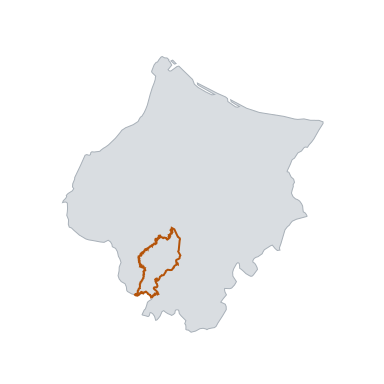 location of Poro, Savanes, Ivory Coast, rotated 213°
{"feature_id": "98640826B2900878653745", "entity_name": "Poro", "entity_type": "district", "adm_level": 2, "iso_a3": "CIV", "parent_name": "Ivory Coast", "parent_adm1": "Savanes", "projection": "robinson", "projection_center": [-5.804, 9.476], "detail": "fine", "context": "in_parent", "style": "outline", "palette": "amber", "viewbox_px": 384, "rotation_deg": 213, "n_neighbors": 0, "source": "geoboundaries", "source_scale": "gbopen_adm2", "svg_char_len": 9104}
<svg xmlns="http://www.w3.org/2000/svg" viewBox="0 0 384 384"><g transform="rotate(213 192 192)"><path d="M104.5,84.7L105.6,84.7L108.4,83.8L110.9,81.7L113.2,77.4L116.4,73.9L119.9,74.2L121.0,73.5L122.3,73.4L123.7,75.7L125.2,77.4L126.3,77.5L127.1,80.8L133.6,82.2L136.4,83.1L138.7,85.5L139.5,85.5L140.5,85.0L141.3,84.2L141.4,83.3L140.4,81.1L140.9,79.1L141.9,77.4L143.6,77.3L146.1,76.8L149.0,76.8L151.1,77.1L152.0,75.4L151.2,70.5L151.4,67.8L151.8,65.5L152.6,64.6L155.8,67.4L158.7,68.5L160.8,68.5L161.4,68.0L160.5,64.9L160.8,63.9L161.5,63.4L162.9,63.1L166.7,61.8L167.1,62.0L167.8,67.0L167.4,68.6L168.2,71.9L169.2,75.0L169.1,76.3L168.3,78.2L167.4,80.0L167.5,80.7L169.0,81.9L171.8,83.1L174.8,83.4L176.5,81.6L178.2,80.1L179.4,78.8L179.8,76.9L181.7,75.5L187.0,73.7L192.0,73.4L193.2,74.0L195.4,76.7L198.2,78.6L202.5,78.3L205.7,79.4L208.4,81.5L210.2,86.1L212.2,89.5L213.1,94.2L216.2,96.7L218.6,97.9L222.0,101.3L225.4,103.1L229.0,102.7L230.7,104.5L233.3,105.8L236.0,105.9L238.3,101.9L241.4,100.3L249.2,97.1L252.3,95.7L255.4,94.8L263.0,94.5L270.0,95.5L273.4,96.2L275.8,95.7L278.1,97.5L280.4,101.5L282.3,102.8L284.3,104.2L285.7,107.3L287.4,110.4L288.4,111.8L290.5,114.8L292.3,114.9L294.0,113.6L294.8,112.6L295.2,114.6L294.5,117.9L294.6,119.9L295.6,120.7L295.1,123.3L293.0,127.8L293.0,130.4L295.0,131.2L296.5,134.0L297.4,138.8L298.3,140.4L298.4,141.4L299.9,153.0L301.7,164.6L300.6,166.1L299.0,166.5L297.9,167.1L297.6,168.2L298.3,169.7L297.9,171.2L295.9,172.2L291.5,175.9L291.2,177.4L290.1,180.5L289.1,182.4L287.7,186.0L285.5,195.4L284.6,203.2L284.5,205.6L283.7,207.3L282.7,209.7L278.0,216.4L275.6,221.8L275.9,224.2L276.0,226.6L275.3,228.3L275.4,232.9L276.0,236.8L276.8,240.6L280.3,251.3L282.1,257.8L283.2,263.1L284.2,266.6L285.1,268.1L285.5,269.4L290.6,270.4L291.6,271.2L293.0,278.0L292.7,281.1L291.7,282.3L291.8,284.9L291.5,288.2L290.8,289.4L287.9,289.6L286.0,290.8L283.5,290.4L283.2,289.5L281.8,289.3L278.1,287.4L278.7,281.5L276.9,281.2L275.6,282.0L272.9,289.1L271.6,290.4L252.8,286.7L248.7,283.7L243.8,283.0L235.2,283.4L228.2,284.3L226.2,286.1L244.0,285.0L245.9,285.2L246.8,286.3L224.3,288.6L215.7,290.0L213.1,289.7L211.2,287.4L201.9,287.1L200.0,287.9L198.8,289.5L202.5,289.2L208.3,289.1L209.8,290.4L191.7,292.0L179.1,295.3L173.8,297.6L156.3,305.4L145.6,309.1L142.8,310.5L137.9,314.3L131.6,316.7L124.6,321.2L120.3,322.2L119.4,320.8L119.3,313.2L118.7,303.0L118.9,299.1L119.5,295.4L119.5,292.4L121.6,291.3L122.2,290.0L122.5,286.0L124.5,282.4L124.5,276.2L125.1,274.9L125.6,273.2L124.7,269.1L123.6,261.3L123.1,260.8L122.6,261.1L121.5,261.3L117.1,258.6L113.7,258.1L111.3,255.9L111.2,253.2L110.0,251.7L109.2,248.7L108.0,245.2L104.7,243.1L101.5,242.6L99.3,243.1L96.7,243.0L93.7,241.8L91.6,240.5L89.6,238.0L87.8,235.9L86.3,236.2L84.6,235.7L82.8,234.8L82.3,234.1L89.6,226.0L92.0,222.1L92.3,219.7L92.3,217.2L93.1,214.7L93.4,210.9L89.3,197.1L88.3,192.9L87.2,191.6L86.6,191.2L88.6,189.4L91.4,189.8L95.7,191.2L96.7,189.9L99.9,182.9L99.8,180.3L99.5,178.5L101.4,173.7L102.9,171.9L103.7,169.9L103.5,167.2L102.3,166.2L100.8,166.4L99.0,165.7L96.3,164.1L94.9,162.7L95.3,156.4L95.6,154.5L96.6,153.4L98.1,153.1L102.3,152.9L105.8,153.6L108.8,154.0L110.5,154.0L111.8,155.9L113.5,157.8L115.0,157.8L115.6,156.3L115.2,150.1L114.2,146.8L111.9,143.7L105.9,141.0L105.7,137.2L106.4,133.1L107.7,131.5L112.1,128.9L111.3,127.5L109.9,126.1L107.1,124.5L107.7,119.6L107.9,115.3L105.5,115.7L103.0,116.0L101.0,114.6L99.2,112.0L98.9,104.7L98.9,96.2L98.6,92.5L99.3,90.5L101.4,88.6L103.7,86.3L104.5,84.7ZM281.0,290.5L280.0,292.1L275.3,291.0L276.4,289.7L281.0,290.5Z" fill="#d9dde1" stroke="#a8b0b8" stroke-width="1"/><path d="M164.5,123.7L164.8,124.1L165.1,124.3L165.4,124.0L166.0,124.4L166.1,124.2L166.4,124.3L166.5,124.1L167.0,124.7L167.8,125.5L168.0,125.9L168.1,126.4L167.8,127.1L166.7,128.7L166.4,129.7L167.1,131.1L167.2,132.5L171.2,134.6L171.4,135.9L176.0,144.7L176.2,145.5L176.8,146.3L177.0,146.5L178.4,146.6L179.2,146.9L179.5,146.7L186.5,151.1L188.9,150.9L188.7,150.7L188.8,150.3L189.0,150.2L188.6,149.8L188.9,149.7L188.6,149.1L188.7,148.7L189.1,149.0L189.3,148.8L189.1,148.4L189.1,148.2L188.5,148.0L188.3,148.1L188.1,147.8L187.7,148.2L187.6,148.5L187.4,148.6L187.0,148.0L186.5,147.6L186.6,147.4L186.8,147.4L186.8,147.2L186.5,146.8L186.4,146.3L186.4,146.2L187.1,146.3L187.1,145.9L187.0,145.6L187.3,145.4L187.2,144.9L187.4,144.8L187.4,144.6L187.5,144.3L187.5,144.2L187.1,143.9L186.7,143.8L186.5,143.5L187.1,143.3L187.7,143.3L187.9,143.2L187.5,142.8L186.8,142.6L187.0,142.2L187.3,142.0L187.3,141.9L186.9,141.8L186.5,141.4L186.2,141.8L185.9,141.7L185.9,141.3L186.2,140.6L186.2,140.1L186.4,139.7L186.6,139.7L186.6,139.1L186.7,138.7L186.8,138.6L187.4,138.7L187.6,139.0L188.3,139.0L188.6,139.1L188.7,139.3L190.4,138.7L190.6,138.4L190.8,137.8L191.1,137.6L191.5,137.6L191.7,137.8L192.0,137.6L192.3,137.7L193.4,137.4L194.0,137.6L194.4,137.6L194.9,138.1L195.8,137.5L195.9,137.2L195.5,137.0L194.7,136.7L194.2,136.1L194.3,135.8L194.5,135.9L195.1,136.3L195.4,136.4L195.6,135.5L195.4,135.3L195.0,135.2L194.8,135.0L194.9,134.6L195.0,133.8L195.0,133.4L195.7,134.0L196.0,133.6L196.0,133.3L195.7,132.9L195.4,133.0L195.3,132.9L195.4,132.6L195.8,132.5L196.2,132.6L196.9,133.0L197.0,132.9L197.0,132.5L196.4,131.4L195.7,130.9L194.4,130.5L194.0,130.0L193.9,129.5L194.3,129.2L194.3,128.6L195.0,128.7L195.7,128.2L195.7,127.9L195.5,127.2L196.3,126.4L196.0,125.9L196.7,125.4L196.6,125.2L196.2,124.7L196.7,124.7L196.7,124.4L196.1,124.2L196.6,124.3L196.9,124.3L197.2,124.1L197.3,123.8L197.5,123.7L197.6,123.4L197.5,123.2L197.6,122.9L197.5,122.7L198.1,121.9L198.2,121.4L198.0,121.1L198.5,120.7L198.1,120.1L198.0,119.9L198.6,120.1L198.9,119.9L199.0,119.5L199.3,119.3L199.1,118.9L199.6,118.7L199.2,118.3L199.5,118.2L199.6,117.9L200.0,117.7L200.1,117.2L199.8,117.1L199.7,116.6L199.5,116.2L200.0,115.6L199.8,115.5L200.1,115.1L200.0,114.4L200.6,114.4L200.9,114.2L201.0,114.0L200.8,113.4L200.5,113.2L200.3,113.2L200.9,112.6L201.4,112.6L201.5,112.4L201.4,112.2L201.1,112.1L200.5,112.5L200.0,111.5L200.0,111.4L200.7,111.6L201.1,111.3L201.1,110.4L200.9,110.0L201.3,109.5L200.9,109.4L200.9,109.2L201.3,109.0L201.4,108.8L201.1,108.7L201.0,108.4L201.1,107.8L200.8,107.7L200.5,107.8L200.3,107.5L200.4,107.2L200.5,107.3L200.5,107.1L200.4,107.0L200.2,107.1L200.0,106.6L200.3,106.2L199.7,106.7L199.6,105.9L199.4,105.7L199.2,106.0L198.8,106.0L198.8,105.2L198.6,104.8L198.2,104.8L198.1,105.0L197.9,104.9L198.0,104.2L197.2,104.0L197.0,103.5L196.9,103.4L196.2,103.5L196.0,103.1L195.8,103.0L195.1,103.1L195.2,102.6L195.7,102.6L195.8,102.4L195.6,102.3L195.4,102.5L195.2,102.3L195.3,102.0L195.1,101.4L194.7,101.7L194.4,101.7L194.1,102.0L193.9,101.9L193.6,101.9L193.4,102.3L193.1,102.1L193.3,102.0L193.3,101.9L193.2,101.8L192.7,102.3L192.5,102.1L192.3,102.3L191.9,102.1L192.1,102.3L192.2,102.8L191.8,102.6L191.6,102.3L191.6,102.1L191.8,101.9L191.4,102.0L191.3,102.4L191.0,102.1L190.7,102.1L190.3,101.9L190.0,102.2L189.8,101.3L189.5,101.2L189.3,101.5L189.2,101.5L189.0,101.3L189.1,100.9L188.9,100.9L188.7,101.0L188.5,100.8L188.8,100.3L189.0,100.2L189.2,99.9L189.4,99.2L189.3,98.9L189.3,98.6L188.8,98.4L188.1,98.0L188.0,97.1L187.6,97.1L187.3,96.8L187.3,96.5L187.6,96.0L187.5,95.7L186.8,95.4L186.4,94.9L186.3,94.4L186.4,94.2L186.2,93.9L186.2,93.2L186.1,92.9L185.9,92.9L186.0,92.4L185.7,91.5L186.0,90.6L185.9,90.4L185.9,90.1L185.7,89.9L185.6,89.2L186.0,88.7L186.1,88.3L185.9,87.7L185.6,87.4L185.4,87.0L185.6,86.3L185.4,86.0L184.7,85.2L184.4,84.6L184.1,84.3L183.9,83.4L183.3,82.9L183.9,82.0L183.9,81.3L183.5,80.9L183.7,79.7L183.6,79.4L182.9,78.7L183.0,78.3L182.8,77.9L182.7,77.6L182.3,76.9L182.4,76.7L182.4,76.3L182.9,76.2L183.7,75.8L183.9,75.2L183.9,74.8L183.9,74.7L183.2,74.6L182.5,74.8L182.4,75.3L182.3,75.5L181.4,76.1L181.1,76.1L181.0,75.9L180.8,76.2L180.5,77.8L180.7,78.4L179.9,79.2L180.3,79.8L180.1,80.6L179.6,80.8L178.8,80.1L178.6,80.1L177.6,80.4L177.8,81.3L177.4,82.0L176.7,82.7L176.5,83.3L176.3,83.4L175.5,83.2L174.5,83.1L174.1,83.0L173.5,82.5L173.1,82.6L171.4,82.6L171.1,82.8L170.8,82.4L169.6,82.0L169.2,81.8L169.0,81.5L168.8,81.8L168.8,82.2L168.7,82.2L168.4,81.9L168.1,82.1L168.0,82.9L168.6,83.3L168.4,83.6L168.5,83.8L168.3,84.0L167.6,84.5L167.4,84.9L167.4,85.1L167.5,85.3L167.8,85.2L167.9,85.3L167.9,86.4L167.8,86.7L167.6,86.7L167.4,86.5L167.5,86.2L167.4,85.6L167.1,85.5L166.6,86.0L166.4,86.4L166.1,86.6L166.5,86.5L166.8,86.6L166.6,87.2L166.6,88.0L166.3,88.1L165.8,87.7L165.6,87.2L165.7,86.9L165.5,87.5L165.3,87.7L165.0,87.5L164.9,87.7L164.8,87.9L165.4,87.9L165.6,88.0L165.9,88.7L166.2,88.9L166.1,89.0L166.4,89.2L166.6,89.1L168.0,89.7L170.7,89.9L171.6,90.4L171.7,90.6L171.7,91.4L171.0,92.1L170.0,92.5L169.8,92.7L169.6,93.5L169.8,94.4L170.5,95.0L171.3,95.8L172.8,96.3L173.3,96.8L174.0,97.2L174.7,98.3L175.2,98.5L175.2,98.9L174.9,99.7L174.4,100.3L173.5,99.9L172.7,98.8L172.3,99.4L172.1,100.5L172.2,101.7L172.7,103.5L172.3,104.3L172.0,105.7L171.6,105.7L170.5,106.9L170.5,107.7L170.6,108.9L170.4,110.1L170.7,110.7L170.7,111.2L170.9,111.5L170.6,112.3L170.0,113.6L167.8,114.6L166.6,115.5L166.4,116.1L166.5,117.1L166.2,117.7L166.5,118.5L166.1,118.9L166.4,119.5L166.5,120.1L166.1,121.3L165.6,122.1L165.5,122.7L165.0,123.2L164.8,123.7L164.5,123.7Z" fill="none" stroke="#b45309" stroke-width="2"/></g></svg>